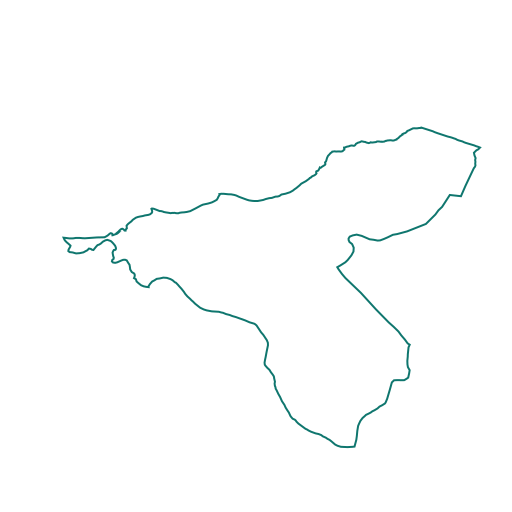 Mbour, Thiès, Senegal (Robinson projection), rotated 104°
{"feature_id": "50182788B56533800648606", "entity_name": "Mbour", "entity_type": "district", "adm_level": 2, "iso_a3": "SEN", "parent_name": "Senegal", "parent_adm1": "Thiès", "projection": "robinson", "projection_center": [-16.867, 14.372], "detail": "fine", "context": "isolated", "style": "outline", "palette": "teal", "viewbox_px": 512, "rotation_deg": 104, "n_neighbors": 0, "source": "geoboundaries", "source_scale": "gbopen_adm2", "svg_char_len": 6077}
<svg xmlns="http://www.w3.org/2000/svg" viewBox="0 0 512 512"><g transform="rotate(104 256 256)"><path d="M366.8,94.8L362.9,94.2L353.5,93.8L345.8,93.6L343.2,92.0L342.2,88.7L341.3,84.7L340.6,82.1L338.6,80.1L337.2,78.9L333.1,79.0L329.6,79.3L327.1,81.7L324.6,82.8L321.1,83.8L317.0,84.4L314.7,84.9L307.7,85.9L304.9,85.4L304.1,87.7L301.1,91.3L297.9,95.8L294.8,99.5L291.4,105.3L288.3,111.2L278.7,126.8L266.4,145.3L255.7,164.0L252.6,168.3L248.9,172.7L247.2,174.4L244.8,171.9L240.5,167.8L237.8,166.1L232.3,163.6L228.1,162.5L224.3,163.2L221.2,165.6L219.8,168.7L218.1,170.0L216.6,170.4L214.5,169.7L212.6,167.1L210.9,163.5L210.9,158.3L212.3,149.8L211.8,145.8L211.6,141.7L210.8,139.3L208.6,136.1L206.0,132.7L202.3,128.3L200.6,124.4L195.6,115.4L183.8,98.9L172.4,92.0L167.5,90.0L163.3,87.3L149.9,82.7L148.4,71.6L137.1,69.7L118.2,65.9L116.3,65.1L114.9,65.0L113.5,65.6L111.5,65.9L109.8,66.6L107.9,66.6L105.6,68.3L103.1,69.5L100.1,67.7L98.8,66.2L96.6,64.9L96.3,67.1L96.2,69.1L95.9,71.0L95.5,79.7L95.3,81.6L94.9,83.4L94.8,87.0L94.6,88.9L94.1,90.7L94.0,92.3L93.8,94.2L93.7,95.8L93.7,99.0L92.9,109.6L92.6,112.6L92.2,114.6L92.1,116.1L91.4,126.8L91.5,126.9L91.8,126.9L92.4,128.8L93.2,130.7L93.5,131.9L93.7,133.0L94.2,134.6L97.4,138.4L98.0,139.4L99.1,139.8L100.2,140.6L100.9,141.4L101.3,142.2L101.9,142.9L102.6,143.1L102.5,143.5L103.7,144.0L105.0,145.2L107.1,146.4L108.6,147.8L109.0,147.8L109.7,149.0L110.2,149.6L110.7,150.5L111.0,151.6L111.0,152.6L111.2,153.8L111.7,155.1L111.9,155.8L112.3,156.8L112.7,157.3L112.9,158.0L113.5,158.7L114.1,159.5L114.3,160.4L114.8,161.4L114.7,162.1L115.0,162.8L115.1,164.2L115.6,166.3L116.4,167.1L117.5,169.9L117.9,171.0L117.9,172.2L118.6,172.9L119.2,174.0L119.2,176.3L118.9,177.7L119.1,178.6L119.1,180.0L119.2,181.4L120.6,183.0L121.4,184.5L121.9,184.9L122.5,185.7L123.1,186.2L123.9,186.4L124.7,186.8L125.4,187.6L125.6,189.9L126.2,191.2L127.0,192.3L127.5,193.3L127.9,194.2L128.5,195.1L129.0,195.6L129.3,196.2L129.5,196.8L129.9,196.7L130.7,196.2L131.4,196.0L132.1,196.6L133.4,197.4L134.0,198.6L134.3,199.6L134.4,200.6L135.3,203.7L135.4,204.9L136.3,207.3L137.1,207.6L137.8,208.3L138.5,208.8L139.6,209.3L141.3,210.3L142.1,210.5L143.7,210.8L146.6,210.9L147.4,211.0L148.1,211.5L148.8,211.6L149.5,211.1L150.3,210.9L151.0,211.2L153.8,213.9L154.6,214.4L155.1,215.2L154.9,215.5L156.0,215.7L157.3,216.0L158.3,216.5L158.9,217.5L159.4,218.0L160.5,217.8L161.2,217.3L162.2,217.7L163.2,218.5L163.9,219.2L164.3,219.8L165.6,221.3L166.2,221.4L167.0,222.2L167.3,222.7L168.3,223.2L171.3,225.7L174.9,229.6L176.9,230.8L180.3,233.3L182.0,234.8L183.6,236.0L185.9,238.4L188.4,242.4L190.2,246.2L192.1,247.8L193.0,249.3L193.7,251.5L195.8,254.7L196.7,257.2L198.3,260.2L199.9,262.6L202.2,267.6L203.0,270.7L203.4,273.0L203.7,276.1L203.6,278.4L202.7,286.7L202.1,289.8L202.0,291.7L202.2,295.1L202.8,297.8L203.4,302.0L204.0,304.7L204.8,306.5L205.5,306.1L207.4,306.8L209.2,307.1L211.0,307.7L212.9,309.7L214.6,311.7L215.6,313.3L216.7,315.2L219.0,319.9L220.4,321.7L224.4,326.1L228.4,330.7L230.0,333.8L231.0,336.3L231.7,338.5L232.5,340.5L233.3,341.7L233.5,342.5L233.8,344.0L233.8,345.3L233.9,345.8L234.3,346.8L234.4,347.6L235.1,349.2L235.2,350.9L235.5,354.1L235.6,356.1L235.4,357.2L235.4,359.1L235.7,360.4L235.3,363.3L234.9,366.8L235.1,368.5L235.5,368.9L237.2,367.8L238.3,367.4L239.3,367.5L241.1,368.8L242.1,370.3L243.5,373.6L244.6,375.5L245.7,378.0L246.7,380.0L247.8,381.7L249.1,382.9L250.8,384.4L252.2,385.1L255.6,387.7L256.8,388.4L257.9,388.9L260.5,388.0L261.4,388.6L262.3,388.8L262.9,388.7L263.1,389.7L262.4,390.6L262.0,391.6L261.9,392.4L262.4,393.2L263.0,393.8L264.7,394.9L265.4,395.2L266.9,396.3L266.9,395.9L266.6,395.2L267.2,395.6L268.2,396.5L269.9,399.2L270.4,399.8L270.6,400.3L269.4,400.7L269.2,401.0L269.0,401.5L269.1,402.7L270.0,403.5L271.9,404.8L273.7,406.6L274.5,407.6L276.5,414.9L280.2,426.3L280.7,428.7L281.0,430.8L282.1,435.3L283.1,437.6L284.1,441.5L284.5,445.0L284.8,447.1L286.5,445.8L287.3,444.9L288.5,443.0L289.4,441.1L290.8,438.5L291.9,438.5L295.1,439.4L296.6,439.3L297.3,437.8L296.9,434.7L297.0,432.7L297.0,431.1L295.9,427.8L294.2,424.3L292.7,422.7L291.3,421.1L289.2,419.9L289.1,418.0L289.6,416.7L289.5,415.2L285.8,413.5L283.8,412.4L282.8,410.9L281.5,409.6L279.1,408.0L277.2,405.9L276.3,404.1L276.6,400.6L277.3,399.2L278.3,397.6L280.1,395.2L281.6,394.1L282.9,393.6L284.0,393.9L284.5,395.3L285.5,395.7L287.3,396.0L288.8,395.4L290.7,394.5L292.0,393.6L293.3,393.5L294.6,394.5L296.1,394.5L296.9,393.2L296.7,391.0L295.7,389.1L292.9,385.5L291.8,383.9L291.3,382.1L291.5,380.4L293.8,378.1L295.1,376.6L297.4,375.6L299.5,374.8L301.6,372.7L302.5,369.9L303.8,369.0L305.6,368.8L307.0,369.0L307.6,366.9L309.6,365.7L310.8,363.4L312.2,360.4L312.6,357.6L312.5,355.1L312.2,352.7L311.5,353.0L308.8,352.1L305.9,350.6L304.3,348.8L302.2,346.8L301.0,343.8L299.4,340.7L298.8,337.2L299.1,333.4L299.7,331.1L301.1,328.4L301.3,327.2L302.8,324.8L304.1,323.0L305.8,320.4L308.2,317.3L309.9,315.5L311.8,312.8L313.5,309.6L314.7,307.7L315.3,306.4L317.1,303.4L319.7,297.7L320.5,293.8L320.7,290.7L320.4,285.5L319.1,278.5L319.2,276.2L319.1,274.3L319.6,271.0L319.6,267.2L320.0,264.4L320.1,261.0L321.1,250.9L321.9,246.2L322.1,241.4L322.5,240.1L323.3,238.6L328.9,232.5L330.7,229.9L335.1,225.1L337.3,223.5L339.7,222.8L346.9,222.5L351.6,222.2L354.8,222.1L357.4,221.9L359.3,221.2L360.0,220.5L361.7,218.1L363.2,215.4L365.2,213.4L366.7,211.5L368.1,209.9L369.3,209.1L369.9,209.0L373.4,207.2L375.2,207.1L376.8,206.5L377.8,206.0L378.5,205.4L380.0,204.8L381.1,203.7L384.5,200.9L387.0,198.5L390.6,195.7L393.6,192.4L395.9,190.6L398.2,188.2L400.0,186.2L401.9,184.7L403.2,183.6L405.0,181.1L405.4,178.9L405.9,177.8L406.9,176.7L408.3,174.4L411.7,166.2L412.0,164.5L412.6,162.8L413.2,160.0L413.7,155.2L413.6,152.2L414.0,149.3L414.8,147.6L415.1,145.9L415.4,144.2L416.1,142.5L416.6,140.2L417.5,138.2L419.8,133.6L420.4,131.0L420.6,127.5L419.3,121.0L417.8,116.2L417.1,114.3L410.1,114.2L406.4,114.6L401.1,115.4L396.1,115.8L393.6,115.4L390.7,114.8L387.4,113.4L385.1,111.8L383.5,110.8L381.8,108.7L380.1,106.8L378.6,105.6L377.0,103.7L374.5,101.2L372.2,99.7L370.3,97.5L367.9,95.2L366.8,94.8Z" fill="none" stroke="#0f766e" stroke-width="2"/></g></svg>